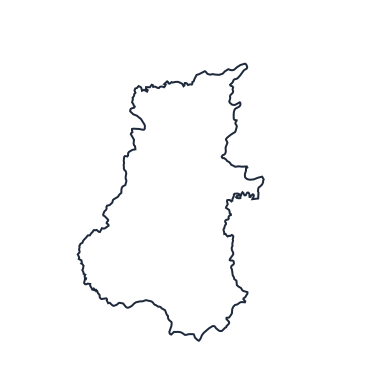 Coromandel, Minas Gerais, Brazil, rotated 29°
{"feature_id": "56859067B86368088013464", "entity_name": "Coromandel", "entity_type": "district", "adm_level": 2, "iso_a3": "BRA", "parent_name": "Brazil", "parent_adm1": "Minas Gerais", "projection": "albers", "projection_center": [-47.125, -18.343], "detail": "fine", "context": "isolated", "style": "outline", "palette": "slate", "viewbox_px": 384, "rotation_deg": 29, "n_neighbors": 0, "source": "geoboundaries", "source_scale": "gbopen_adm2", "svg_char_len": 6084}
<svg xmlns="http://www.w3.org/2000/svg" viewBox="0 0 384 384"><g transform="rotate(29 192 192)"><path d="M124.8,272.7L124.4,273.7L124.5,274.8L123.9,276.9L123.7,279.4L121.9,280.6L121.4,283.6L120.6,286.4L120.5,288.2L120.8,289.4L119.6,291.4L119.7,294.0L120.5,294.9L121.1,297.1L122.2,298.1L122.9,299.3L122.3,301.9L125.0,303.9L125.4,305.5L128.4,305.4L130.0,307.3L129.8,308.2L130.9,308.2L132.9,309.1L133.9,312.1L133.9,313.4L136.3,315.1L136.8,316.1L138.8,316.1L138.7,317.4L140.0,319.1L141.2,318.8L141.5,319.8L140.7,320.4L141.7,323.8L143.2,324.5L144.6,323.7L145.3,322.6L147.6,321.8L148.0,322.8L148.7,323.6L150.8,324.7L151.9,325.7L153.0,325.5L153.0,324.1L153.9,324.3L154.5,325.1L155.6,324.2L156.3,325.2L157.1,324.6L158.8,326.1L161.1,326.9L162.3,328.7L163.4,329.4L164.7,329.5L168.5,326.6L169.6,326.9L170.0,328.1L172.6,329.9L173.8,328.8L176.9,329.6L178.4,329.7L179.4,328.9L180.9,327.0L181.7,324.7L182.6,323.9L185.9,322.9L190.0,324.6L191.4,324.6L192.4,324.0L193.7,322.3L194.7,320.4L195.5,317.5L196.5,315.6L197.3,314.9L199.5,312.9L201.7,311.6L204.2,308.9L209.4,307.4L211.0,307.5L213.8,308.7L215.1,308.4L218.0,308.7L218.9,308.1L220.3,307.9L221.9,308.4L225.8,308.5L229.6,311.7L231.1,312.1L231.7,313.3L232.9,314.5L234.0,315.1L237.0,315.7L237.8,316.5L238.9,319.0L240.0,325.3L240.7,326.2L241.8,326.9L243.0,326.7L244.0,323.2L248.4,320.7L249.8,320.3L251.3,320.0L255.0,320.4L256.0,319.9L258.4,317.7L261.7,315.9L262.8,315.7L264.8,317.6L265.8,318.1L268.7,318.8L270.1,318.8L270.5,317.3L270.5,315.3L270.1,312.6L270.6,309.3L273.0,302.9L274.9,299.5L275.7,298.8L277.0,298.5L279.3,299.6L283.1,300.2L284.2,299.9L285.5,299.0L286.9,294.4L287.5,293.6L287.2,292.6L288.0,289.9L288.0,288.5L287.1,287.5L283.7,286.4L283.2,285.3L285.3,283.8L285.7,280.3L285.7,278.7L283.9,274.8L283.8,272.0L284.4,269.9L286.1,268.4L287.6,265.3L288.4,264.4L291.8,262.8L291.6,261.8L288.9,260.9L288.7,260.0L289.6,257.9L289.7,253.8L289.0,252.7L284.8,253.7L283.6,253.5L281.3,252.2L278.6,252.2L276.4,251.7L273.8,248.0L271.2,247.7L270.1,246.4L268.0,245.1L264.5,240.4L263.0,239.4L262.4,238.0L262.7,236.6L263.3,235.6L263.4,234.4L262.7,233.3L261.9,232.4L260.6,232.3L258.9,233.3L258.0,233.3L257.7,232.3L258.3,226.6L257.4,225.1L254.9,223.3L254.1,222.1L253.6,220.9L253.6,219.6L252.3,217.7L251.5,214.7L250.6,213.7L249.9,211.3L249.3,210.5L248.4,210.2L247.5,210.4L247.0,211.7L245.5,212.5L244.8,213.6L242.7,213.0L241.7,212.4L240.6,213.1L239.7,211.7L238.1,210.1L237.6,209.0L237.8,208.0L237.3,206.6L237.1,204.8L237.3,203.7L236.8,202.7L235.9,202.4L235.3,201.7L235.0,200.7L235.6,199.6L236.9,198.5L237.0,197.3L236.3,196.7L236.0,195.5L236.3,194.3L237.2,193.4L236.7,192.5L235.3,192.3L234.6,191.2L233.1,189.7L229.4,189.4L229.1,188.0L229.2,185.5L227.0,183.0L226.8,182.0L227.8,181.2L229.0,180.7L231.0,181.2L231.5,180.0L230.8,178.6L230.6,175.5L229.9,173.9L230.2,172.8L232.7,171.2L233.9,171.0L234.9,171.3L234.8,172.3L233.1,173.9L233.1,175.2L234.0,175.4L236.2,174.7L237.2,173.9L236.6,172.4L236.5,170.6L236.0,169.5L236.3,167.7L237.7,168.1L238.5,169.0L239.7,169.4L240.6,168.7L240.5,167.1L240.6,165.8L241.6,165.2L242.7,165.6L243.4,166.4L244.7,168.4L245.6,167.9L245.4,166.6L246.3,164.5L247.3,164.6L248.0,165.4L248.3,169.0L253.0,165.6L250.4,160.2L249.3,159.4L248.2,156.6L248.3,155.2L248.9,154.2L249.7,151.4L249.4,148.9L248.8,147.8L248.6,146.2L245.9,144.6L243.0,147.3L239.9,151.0L236.9,153.1L234.5,153.9L233.0,153.9L231.4,153.4L230.6,152.5L229.6,150.7L228.8,147.0L227.7,145.0L228.5,143.8L227.5,143.1L223.5,145.6L220.6,146.8L217.6,148.9L216.7,149.1L215.7,148.9L213.3,149.2L210.5,147.9L207.5,147.8L206.0,147.1L203.5,146.8L202.8,147.4L201.8,147.4L200.9,146.8L200.9,145.1L201.9,143.9L202.4,142.5L202.3,141.2L202.0,140.3L199.8,136.8L199.1,131.7L196.2,129.6L196.2,128.1L197.0,125.9L198.3,122.8L200.6,118.7L200.5,117.2L199.5,113.1L198.8,112.2L196.8,111.2L196.3,110.0L196.5,108.9L196.3,107.7L194.2,108.3L193.0,107.7L190.9,104.1L189.8,101.6L189.4,99.5L189.5,98.2L191.8,94.6L192.2,93.1L191.9,91.9L191.3,90.9L190.3,90.4L187.3,95.1L184.8,96.2L182.1,95.7L180.8,95.0L180.2,92.2L179.7,90.9L178.9,90.0L178.6,88.7L179.5,85.8L179.3,84.2L177.7,82.5L177.2,80.5L176.1,80.0L174.1,80.3L173.3,79.7L174.4,76.5L174.1,74.2L174.4,73.0L176.2,71.3L176.8,70.1L177.6,66.7L178.3,61.1L178.7,59.7L179.9,57.9L180.0,56.7L179.6,55.8L177.6,54.2L176.1,54.1L172.9,57.3L170.8,61.1L169.8,64.1L169.2,65.1L168.3,65.9L166.8,66.6L164.2,67.0L162.3,70.5L161.4,73.8L158.9,76.4L155.0,78.2L152.8,78.9L151.3,80.4L149.0,81.1L147.9,81.1L146.1,80.3L144.7,80.1L141.0,85.6L139.3,87.3L139.4,92.2L139.8,94.4L139.0,95.7L139.7,96.9L139.7,98.1L138.1,98.8L136.6,100.4L135.0,99.6L133.9,99.6L132.9,100.2L133.7,102.5L133.3,103.6L131.1,102.1L126.8,102.3L124.6,103.4L121.8,105.8L120.9,105.8L119.9,108.1L118.8,108.4L117.9,107.5L116.6,107.3L115.4,111.1L116.9,110.9L117.1,112.5L116.8,113.9L115.6,114.0L113.7,114.8L112.9,115.8L112.6,117.2L111.1,117.7L109.2,117.6L107.8,118.2L107.1,118.9L105.8,117.5L104.8,117.7L104.4,120.8L101.0,122.5L101.7,124.0L103.9,124.4L104.0,126.0L100.5,125.9L99.2,127.7L97.3,125.6L96.1,125.1L93.9,125.3L93.5,127.6L92.2,129.0L92.5,131.1L94.5,132.7L94.0,134.3L94.7,136.0L94.4,138.5L95.3,139.4L96.1,142.6L98.4,143.8L99.2,144.7L100.5,145.0L100.6,146.2L98.7,148.1L98.2,149.0L98.2,150.1L98.8,151.4L103.0,152.5L106.7,152.0L112.0,152.9L117.8,156.1L118.8,157.1L120.0,159.6L119.8,160.7L119.0,161.3L115.0,162.6L110.1,165.0L109.0,165.9L109.5,167.0L110.9,168.6L110.3,169.9L110.4,171.0L115.9,174.4L117.5,178.0L118.5,179.1L120.0,179.6L121.8,182.1L119.4,184.1L117.4,187.6L117.3,189.0L118.4,191.1L118.2,192.3L116.7,192.7L115.8,193.2L115.7,194.3L117.1,197.7L118.6,199.7L118.9,201.0L121.2,204.7L122.4,205.6L123.9,205.9L125.5,207.6L126.7,211.1L127.6,212.6L128.9,213.6L129.5,214.8L130.3,218.2L128.6,221.0L128.6,222.4L128.9,223.6L130.6,227.1L129.8,229.1L129.5,232.2L127.1,236.3L126.8,237.4L127.4,239.9L126.3,243.4L124.3,245.2L124.5,246.8L125.3,247.8L125.5,248.9L124.8,251.7L125.2,254.8L125.9,255.5L127.4,255.5L131.4,256.7L132.4,257.3L132.5,258.4L132.1,259.5L132.5,260.7L134.7,261.1L135.4,261.9L133.3,266.2L132.2,267.0L130.8,267.3L130.8,271.7L129.6,272.0L127.0,271.4L126.0,272.4L124.8,272.7Z" fill="none" stroke="#1e293b" stroke-width="2"/></g></svg>